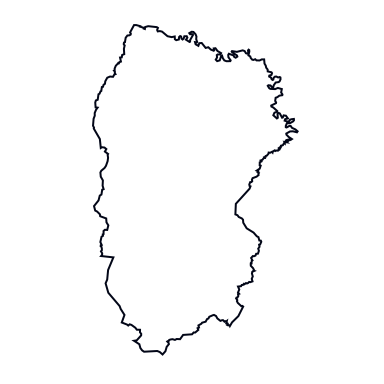 outline of Waeng Yai, Khon Kaen, Thailand, rotated 93°
{"feature_id": "78962969B82836358248418", "entity_name": "Waeng Yai", "entity_type": "district", "adm_level": 2, "iso_a3": "THA", "parent_name": "Thailand", "parent_adm1": "Khon Kaen", "projection": "robinson", "projection_center": [102.448, 15.935], "detail": "fine", "context": "isolated", "style": "outline", "palette": "ink", "viewbox_px": 384, "rotation_deg": 93, "n_neighbors": 0, "source": "geoboundaries", "source_scale": "gbopen_adm2", "svg_char_len": 5938}
<svg xmlns="http://www.w3.org/2000/svg" viewBox="0 0 384 384"><g transform="rotate(93 192 192)"><path d="M133.9,95.0L132.0,98.3L129.8,100.7L128.7,100.9L126.4,97.3L126.1,94.4L126.9,90.3L125.9,89.7L124.1,92.0L122.7,95.5L120.8,97.0L120.8,98.0L122.6,100.9L122.4,101.7L121.1,101.8L118.5,100.9L118.0,97.5L116.1,94.6L114.9,93.9L113.7,94.1L114.2,96.8L114.8,97.9L116.3,98.8L116.7,100.3L115.9,103.2L114.4,102.8L113.5,100.1L110.9,102.2L110.7,104.5L112.8,105.2L113.1,105.9L109.0,108.4L108.5,109.6L109.5,110.7L113.4,110.2L114.1,111.1L111.1,114.8L108.5,113.8L107.4,111.3L106.7,111.1L103.4,115.2L102.5,117.2L101.5,117.4L98.9,112.8L98.1,112.7L96.7,113.7L93.5,113.4L92.8,111.7L91.2,109.8L90.6,106.9L89.8,106.8L87.9,108.2L84.5,107.7L83.6,111.7L84.9,114.4L84.9,119.2L84.3,120.3L82.0,121.9L81.4,121.3L81.5,119.2L83.6,117.1L83.6,116.4L81.2,116.0L78.3,114.2L77.7,111.2L76.9,110.3L74.8,109.5L73.0,109.7L72.6,110.4L73.1,112.0L72.3,113.8L72.4,115.1L73.6,116.4L75.5,116.7L75.9,117.3L75.3,118.3L73.6,119.1L72.7,121.0L71.7,120.9L70.9,118.8L69.1,118.3L68.3,118.9L67.6,122.7L65.7,122.9L64.0,124.4L61.9,125.0L60.0,126.3L55.8,126.9L55.9,129.2L57.1,131.4L57.2,134.5L56.1,135.8L56.9,137.6L56.7,138.8L54.9,140.5L53.6,140.9L52.6,142.8L48.8,142.1L47.3,142.3L46.9,142.9L47.7,143.5L49.9,143.0L50.9,144.2L50.6,145.4L48.5,146.8L47.9,148.8L49.7,154.5L49.2,159.4L49.7,159.7L50.4,159.2L53.3,154.2L54.4,153.8L55.6,155.4L54.9,156.9L53.5,157.6L52.0,162.4L53.2,163.0L55.5,162.7L58.5,160.3L59.3,160.6L59.6,164.4L58.9,166.6L56.8,168.2L54.3,169.1L55.0,170.1L59.1,171.2L60.0,173.7L58.6,175.2L56.3,174.0L54.0,174.4L53.3,173.6L53.2,170.8L51.8,170.2L49.9,173.9L47.2,176.1L47.5,177.8L49.4,177.3L49.8,177.7L48.8,180.6L46.6,183.3L47.4,185.9L42.7,190.1L43.0,192.5L45.7,193.3L44.3,196.1L42.2,196.8L42.4,195.0L41.9,194.7L39.2,195.8L36.5,195.7L34.3,196.7L32.1,198.9L32.0,200.7L33.5,203.0L34.5,202.2L34.4,199.6L35.1,199.2L40.3,201.8L42.0,201.8L42.3,202.3L40.2,206.0L38.1,204.7L36.7,205.4L36.9,207.8L39.3,208.4L40.2,209.4L39.4,210.5L37.3,211.0L36.9,212.0L37.9,213.0L40.4,213.1L41.2,215.7L40.3,217.1L37.6,217.4L38.4,220.4L37.7,224.6L33.4,230.3L33.0,232.5L33.4,234.6L32.0,235.3L29.9,234.6L29.2,235.8L28.7,244.4L29.7,247.4L31.7,247.6L31.3,248.9L30.5,248.9L29.6,252.6L29.1,252.4L28.2,256.5L28.3,258.6L35.9,262.2L37.0,261.4L38.0,261.5L38.8,262.7L39.1,264.7L41.4,266.3L45.9,266.8L46.3,267.7L47.5,267.9L48.3,267.8L49.1,266.9L52.5,267.5L57.9,266.9L58.8,268.9L61.2,269.2L61.5,270.9L65.5,269.8L66.1,271.3L66.8,271.5L66.9,272.2L67.6,272.1L67.9,273.0L69.9,274.7L72.7,275.7L74.6,275.6L74.9,276.2L75.9,275.3L77.2,275.3L78.3,274.6L78.7,275.7L81.1,276.9L81.0,279.9L82.3,282.6L86.0,284.4L88.5,284.6L89.5,285.9L91.6,286.4L91.9,287.5L95.9,287.9L96.3,288.6L98.7,289.5L99.3,290.5L104.8,291.0L105.6,292.8L107.7,293.3L112.5,292.7L112.7,290.7L114.8,292.1L118.2,293.3L120.9,293.1L124.0,294.1L131.0,294.3L132.9,293.2L133.8,293.4L143.9,286.8L152.8,285.4L152.0,284.3L152.2,281.7L153.6,279.8L156.2,281.1L158.4,277.8L159.2,278.2L162.3,277.6L165.7,277.9L170.4,279.3L172.6,280.6L175.5,283.7L177.3,284.5L181.5,283.9L185.1,281.6L190.4,281.6L193.8,280.4L194.4,281.8L199.3,282.3L200.4,283.9L205.3,284.9L211.2,289.1L215.6,287.7L216.5,285.7L219.1,282.8L221.0,282.4L222.9,276.3L226.8,275.8L229.7,273.8L234.3,274.7L234.3,277.0L235.6,278.3L238.6,278.1L239.0,278.9L240.4,278.6L241.4,280.0L246.8,280.9L249.6,279.4L249.9,280.3L250.9,280.4L251.6,279.5L253.6,279.0L255.0,279.0L256.0,279.8L257.9,278.5L259.5,278.5L260.7,279.4L261.4,267.1L274.3,271.7L283.9,272.1L287.7,273.5L297.0,270.3L309.7,258.3L312.5,257.1L318.3,253.0L326.0,255.3L327.8,249.9L328.7,248.7L327.4,247.3L327.9,245.5L330.5,241.5L332.4,239.9L332.3,236.7L334.8,236.6L336.3,235.3L337.9,235.3L343.0,239.4L343.6,242.1L346.8,236.6L350.5,235.4L352.8,233.5L354.0,231.5L352.6,218.4L353.5,215.8L355.8,212.9L352.4,210.2L348.0,209.2L345.1,207.1L343.9,207.5L342.6,208.9L342.2,208.4L342.1,207.5L340.9,207.0L340.3,205.3L340.0,203.7L340.6,201.3L339.6,199.6L339.6,196.2L335.2,193.4L334.1,184.5L332.2,183.0L332.2,181.5L329.4,178.5L327.7,179.3L327.0,177.9L324.9,178.6L323.1,175.8L322.0,175.1L320.8,171.6L318.1,170.3L317.5,169.0L315.7,168.2L314.0,164.8L313.6,163.6L314.6,161.5L316.9,160.1L319.2,156.9L318.4,155.1L318.4,154.2L319.8,152.8L319.2,152.1L319.6,151.2L319.0,150.5L321.3,150.9L321.3,149.7L321.9,149.3L322.9,149.9L323.3,149.0L323.1,147.4L323.8,147.1L320.1,145.2L313.5,139.2L303.7,134.9L303.1,135.8L303.4,136.8L300.3,140.5L298.7,141.4L297.6,141.1L295.9,142.4L295.1,142.0L295.0,141.1L293.4,140.3L291.7,140.7L291.2,139.6L290.0,140.8L286.9,139.7L284.0,141.1L283.5,138.1L282.3,137.5L282.1,136.2L281.0,135.4L281.4,134.8L280.1,133.3L280.5,132.4L280.0,131.3L278.8,130.2L279.0,129.1L278.1,126.9L275.6,127.8L273.1,126.9L270.2,127.9L268.5,127.6L267.5,125.6L267.2,126.4L266.7,126.0L264.9,127.0L262.6,129.4L260.8,129.6L260.4,128.9L259.7,129.4L258.8,128.7L257.4,128.7L257.1,128.1L254.8,129.5L252.8,127.9L252.9,126.8L252.2,125.3L250.4,124.7L250.1,122.9L247.2,122.1L245.1,122.9L243.2,121.7L241.1,122.2L240.8,121.2L238.1,120.2L237.0,120.7L236.9,122.2L233.6,123.3L232.8,125.0L229.3,128.4L225.4,135.5L220.0,139.2L217.0,139.6L215.8,140.8L214.5,144.0L212.8,145.4L212.1,147.5L201.5,147.6L185.7,134.7L183.3,133.9L183.0,134.8L181.5,135.2L179.1,134.4L179.0,133.2L178.0,132.4L176.6,132.8L175.0,132.2L173.3,128.3L171.6,126.4L170.4,126.7L169.5,126.2L168.9,127.0L168.2,126.9L168.3,127.5L166.9,127.2L167.4,127.7L167.2,128.4L165.1,125.6L162.1,124.8L161.8,125.8L158.8,125.9L157.9,124.3L156.9,125.1L156.2,123.4L154.2,122.0L154.2,121.3L153.5,121.7L153.0,120.3L152.2,120.3L151.7,119.1L149.7,117.6L148.6,117.5L148.7,116.0L147.7,114.3L148.4,113.6L147.3,113.4L146.1,111.6L146.7,111.0L146.2,110.2L146.2,108.3L144.8,107.7L145.1,106.9L143.5,106.1L143.9,107.3L143.6,107.6L142.2,105.9L141.1,105.6L140.5,103.7L138.3,102.6L138.7,102.0L138.0,102.1L137.8,101.5L137.2,102.0L137.4,99.8L136.3,101.2L135.2,100.5L135.0,99.7L136.0,98.6L135.1,97.6L134.5,97.9L134.3,96.7L134.8,96.2L133.9,95.0Z" fill="none" stroke="#020617" stroke-width="2"/></g></svg>